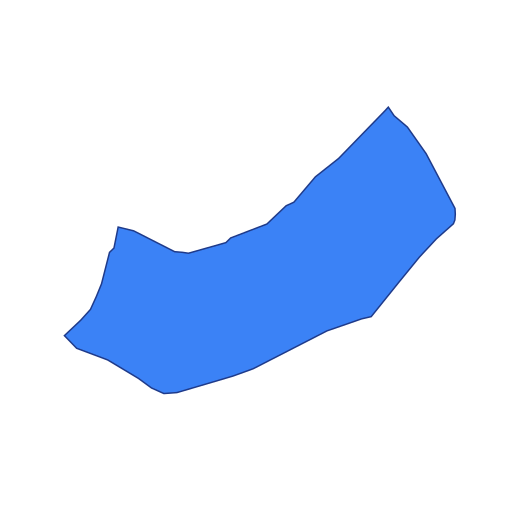 San Mateo, Quezaltenango, Guatemala (Robinson projection), rotated 77°
{"feature_id": "79465075B40376522775505", "entity_name": "San Mateo", "entity_type": "district", "adm_level": 2, "iso_a3": "GTM", "parent_name": "Guatemala", "parent_adm1": "Quezaltenango", "projection": "robinson", "projection_center": [-91.588, 14.843], "detail": "fine", "context": "isolated", "style": "filled", "palette": "blue", "viewbox_px": 512, "rotation_deg": 77, "n_neighbors": 0, "source": "geoboundaries", "source_scale": "gbopen_adm2", "svg_char_len": 675}
<svg xmlns="http://www.w3.org/2000/svg" viewBox="0 0 512 512"><g transform="rotate(77 256 256)"><path d="M196.8,383.8L216.3,392.6L219.5,397.9L248.4,412.8L259.6,420.7L270.8,429.3L279.0,441.0L290.5,460.6L305.6,451.5L323.9,423.9L348.7,398.2L361.1,387.5L369.3,376.7L371.3,363.8L367.8,305.5L365.2,284.1L344.9,203.6L341.0,167.2L341.0,157.4L313.7,122.7L293.8,97.0L279.8,76.3L269.0,56.4L265.6,54.1L260.1,52.4L254.4,51.4L194.6,67.2L164.4,79.5L150.4,89.9L140.7,93.6L143.4,97.5L179.5,153.5L192.2,180.3L212.1,207.0L213.8,215.3L227.3,238.2L232.7,276.6L236.2,282.3L238.1,321.2L235.9,326.8L233.5,334.3L204.0,369.5L196.8,383.8Z" fill="#3b82f6" stroke="#1e3a8a" stroke-width="1.5"/></g></svg>